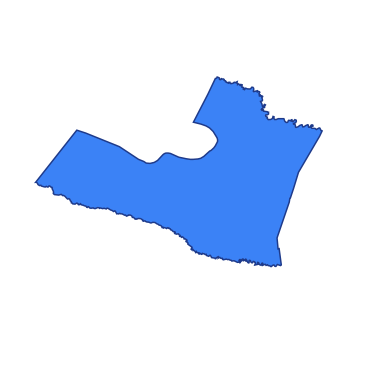 San Roque, Corrientes, Argentina (Equal Earth projection), rotated 250°
{"feature_id": "61730980B67401199188792", "entity_name": "San Roque", "entity_type": "district", "adm_level": 2, "iso_a3": "ARG", "parent_name": "Argentina", "parent_adm1": "Corrientes", "projection": "equal_earth", "projection_center": [-58.642, -28.676], "detail": "fine", "context": "isolated", "style": "filled", "palette": "blue", "viewbox_px": 384, "rotation_deg": 250, "n_neighbors": 0, "source": "geoboundaries", "source_scale": "gbopen_adm2", "svg_char_len": 6086}
<svg xmlns="http://www.w3.org/2000/svg" viewBox="0 0 384 384"><g transform="rotate(250 192 192)"><path d="M254.6,48.4L254.4,49.1L252.8,49.8L251.7,49.8L250.2,50.9L250.0,52.3L249.1,52.5L247.3,55.0L246.8,56.2L247.1,56.5L247.1,57.1L246.0,58.1L245.9,58.5L246.6,59.7L246.3,60.4L244.6,61.3L244.3,62.0L243.6,62.1L243.4,61.8L242.5,61.7L240.3,62.0L238.8,61.7L238.3,61.2L237.6,61.3L236.6,61.9L234.7,65.7L234.5,68.3L232.8,69.3L232.7,70.1L231.7,71.0L228.4,72.4L227.8,72.9L227.9,74.0L227.1,74.6L225.2,74.7L224.3,75.3L223.1,74.9L222.4,75.7L221.6,75.9L220.6,78.0L221.0,79.7L220.8,80.2L219.8,81.0L219.2,80.8L218.6,81.4L219.1,83.1L218.3,83.2L218.2,83.7L217.5,84.0L216.6,85.6L216.0,85.9L215.0,87.5L213.6,87.9L213.3,88.3L213.8,89.3L213.6,89.7L212.0,90.4L211.3,91.5L210.8,93.8L210.0,94.4L209.5,95.4L209.6,98.1L208.8,99.5L208.3,99.5L208.3,100.5L206.9,102.4L206.8,103.8L205.4,105.6L205.8,106.1L205.6,107.3L202.9,109.4L201.6,111.0L200.6,111.4L200.4,111.8L200.7,112.9L200.2,113.4L197.2,113.8L197.0,114.8L196.4,115.7L196.7,116.2L196.6,116.9L195.8,117.6L195.4,118.8L193.3,120.7L193.0,121.7L191.8,122.1L191.7,123.3L192.1,124.3L191.7,124.6L191.7,125.8L190.3,127.2L188.5,127.3L188.2,128.4L185.9,129.3L185.8,129.8L186.0,130.2L185.5,130.5L185.4,131.4L185.6,132.2L184.6,134.5L182.6,136.2L182.3,136.3L181.9,135.8L181.2,136.3L181.0,137.9L180.3,138.2L179.2,139.4L178.5,141.0L177.1,142.5L176.9,143.1L176.9,144.9L175.9,146.9L174.2,148.0L173.2,149.2L172.3,149.6L171.2,151.2L169.9,151.8L169.0,151.7L168.9,152.5L168.3,152.4L167.9,152.7L168.2,153.4L167.1,155.1L166.4,155.6L166.8,156.7L166.1,157.3L166.2,157.9L165.4,158.1L164.8,159.0L163.8,159.0L163.1,159.9L161.2,160.8L160.5,162.2L159.7,161.7L159.5,162.2L158.8,161.7L157.7,163.0L157.4,164.8L157.1,165.1L156.3,165.1L155.3,166.0L154.5,165.3L154.0,166.3L153.0,166.7L153.2,167.5L152.9,167.9L151.2,168.7L150.6,168.5L150.4,168.8L150.5,169.3L149.0,170.6L148.4,170.8L147.9,169.5L147.5,169.4L147.0,169.8L146.9,170.3L145.7,170.4L145.4,170.8L144.3,170.3L140.2,173.1L139.7,173.0L139.3,172.2L138.8,172.1L138.5,171.6L138.0,171.8L138.4,172.4L138.3,172.8L137.7,173.3L136.7,172.9L136.5,173.7L134.9,174.7L134.0,174.7L134.5,175.8L133.5,175.8L132.9,176.9L132.1,177.1L132.5,177.8L132.1,178.1L131.2,177.8L131.2,179.2L130.3,179.4L130.1,179.9L130.6,181.0L130.2,181.1L129.9,182.2L128.7,183.0L128.6,184.0L127.4,183.9L125.9,185.7L126.4,187.3L125.0,187.9L123.7,187.9L121.9,191.1L121.3,191.1L121.2,191.6L121.9,192.5L122.3,194.6L121.8,194.8L120.9,194.1L121.1,195.4L120.9,195.9L120.3,196.0L119.5,196.8L119.5,197.6L119.0,198.0L118.1,197.8L117.6,198.2L117.2,201.3L116.2,202.5L116.0,203.7L115.0,204.4L114.5,205.4L113.5,205.8L113.0,208.0L110.3,210.7L110.0,212.4L109.1,212.8L109.4,213.4L111.0,213.5L111.0,213.0L111.4,212.7L112.2,213.5L112.1,214.1L111.7,214.4L111.1,214.3L110.2,214.8L110.4,215.3L111.4,215.6L111.7,216.6L111.2,217.4L110.7,217.5L110.0,216.7L109.7,217.0L110.5,219.6L109.3,220.0L109.2,218.8L108.7,218.9L108.2,220.0L106.6,220.4L106.0,220.9L106.0,221.4L108.1,222.3L108.1,222.9L107.5,223.4L106.0,223.4L105.2,223.8L104.8,224.5L105.0,225.0L105.8,225.6L105.7,226.2L105.2,226.7L104.5,226.9L104.3,227.3L103.5,227.3L101.9,226.0L101.5,229.0L102.2,228.9L103.4,229.6L102.9,230.4L101.0,230.5L100.0,231.1L99.8,231.6L100.0,232.1L101.1,233.2L101.0,234.0L100.2,234.1L99.3,232.6L98.9,232.8L99.1,236.0L97.7,236.5L97.8,238.0L96.8,238.4L95.9,240.0L95.1,240.4L94.8,241.1L95.5,242.7L95.5,243.7L95.3,244.1L94.0,244.4L93.6,244.8L93.4,245.4L94.7,247.4L92.6,250.0L92.7,250.6L93.1,251.0L109.0,254.5L109.1,253.4L119.7,256.2L121.5,257.6L149.2,279.9L152.6,281.8L152.6,282.3L160.3,288.4L174.1,298.8L200.7,330.9L205.3,335.6L205.1,335.0L205.5,334.3L208.3,334.0L208.7,333.4L208.2,330.2L209.5,329.5L210.0,328.7L210.8,326.5L212.5,325.6L212.6,328.3L213.5,328.4L213.9,328.0L214.2,327.1L212.6,324.7L212.9,323.9L213.3,323.7L215.2,324.1L215.6,323.8L215.6,322.0L215.0,319.5L215.2,318.8L215.4,318.3L217.3,318.5L217.7,317.9L217.7,316.0L217.0,313.9L217.1,311.9L217.6,311.5L219.7,312.0L220.4,311.7L220.8,310.8L221.2,310.6L221.7,310.8L221.6,313.0L222.7,314.2L223.8,314.5L224.8,313.4L223.9,311.6L223.7,310.8L224.4,310.0L224.9,310.1L225.3,310.7L225.8,310.6L225.9,310.0L225.2,309.0L226.3,307.6L226.2,307.0L225.1,306.1L224.8,305.5L225.1,304.3L226.7,303.4L229.5,303.4L231.4,298.2L231.3,296.0L231.8,294.5L232.9,294.1L234.7,294.8L235.3,294.0L233.6,292.7L233.3,291.6L233.3,290.4L234.0,288.4L235.6,287.8L236.5,288.4L237.7,287.3L238.7,287.3L239.2,287.8L238.7,289.4L239.1,290.6L240.8,291.2L241.0,290.5L241.7,290.2L243.4,287.0L244.8,287.2L245.3,286.8L244.6,286.4L244.6,285.8L245.7,285.3L246.3,285.9L246.7,287.2L246.6,289.1L247.7,289.5L248.7,290.8L249.5,290.2L249.2,289.4L248.0,288.7L247.9,288.1L248.3,287.5L250.8,287.8L253.7,287.4L253.6,289.0L254.2,289.7L257.3,290.0L257.2,290.7L257.7,291.1L258.6,290.4L258.9,288.5L259.4,288.1L259.7,288.4L259.6,289.2L259.9,289.4L261.3,288.4L262.5,289.8L263.1,289.7L263.9,288.8L263.6,287.8L263.8,287.5L264.8,287.9L265.2,284.3L265.7,284.1L267.5,285.2L268.5,285.4L269.6,285.0L270.0,284.0L269.0,282.4L269.0,281.6L270.0,279.2L271.2,278.0L271.3,277.4L270.3,276.7L270.2,276.2L270.5,276.0L271.2,276.6L271.2,275.5L272.6,276.1L273.3,274.8L274.5,275.3L275.1,274.5L275.1,275.4L275.6,275.7L275.9,274.9L276.3,274.8L276.6,273.5L277.7,272.6L277.4,271.6L278.5,272.0L279.1,271.3L280.2,272.1L280.0,269.8L280.7,269.2L280.1,267.6L280.5,266.3L280.4,265.7L281.2,265.1L282.1,265.2L282.5,264.2L281.8,263.8L281.8,263.3L282.6,263.0L283.2,261.9L284.0,261.8L284.2,261.3L285.0,261.5L285.9,260.4L286.6,260.7L287.4,260.3L287.8,259.1L288.4,258.5L287.8,257.8L287.9,256.9L288.2,256.6L288.4,257.1L289.1,256.6L289.8,256.7L291.2,255.4L291.4,254.8L290.8,254.5L290.5,253.6L290.7,252.8L278.3,240.2L257.1,217.2L252.7,223.7L249.3,227.8L246.2,230.4L241.6,232.6L234.2,234.1L232.2,233.9L230.6,233.2L227.4,229.7L226.0,227.6L224.6,224.3L224.4,222.6L221.4,215.3L220.7,211.7L221.0,208.9L222.3,204.2L223.1,201.9L225.0,198.3L229.2,191.5L235.6,184.9L236.8,182.8L237.5,180.8L237.5,179.1L237.0,177.5L233.4,170.4L232.7,166.6L233.2,162.4L234.8,158.9L237.2,157.1L241.0,152.9L259.4,139.3L283.7,112.3L289.5,104.9L254.6,48.4Z" fill="#3b82f6" stroke="#1e3a8a" stroke-width="1.5"/></g></svg>